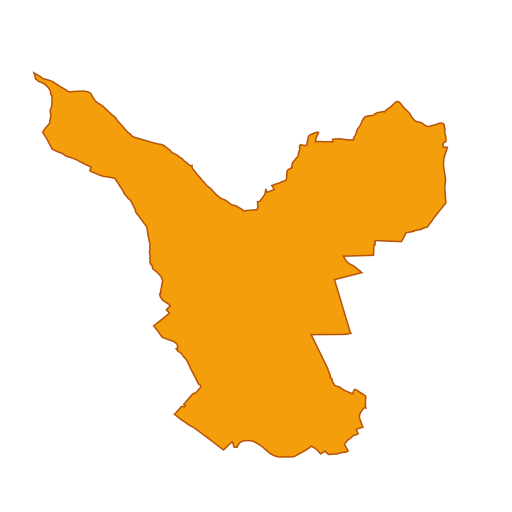 the district of Orastie, Hunedoara, Romania, rotated 174°
{"feature_id": "2599482B74891814729027", "entity_name": "Orastie", "entity_type": "district", "adm_level": 2, "iso_a3": "ROU", "parent_name": "Romania", "parent_adm1": "Hunedoara", "projection": "equal_earth", "projection_center": [23.219, 45.843], "detail": "fine", "context": "isolated", "style": "filled", "palette": "amber", "viewbox_px": 512, "rotation_deg": 174, "n_neighbors": 0, "source": "geoboundaries", "source_scale": "gbopen_adm2", "svg_char_len": 6038}
<svg xmlns="http://www.w3.org/2000/svg" viewBox="0 0 512 512"><g transform="rotate(174 256 256)"><path d="M99.5,394.9L100.3,394.8L103.3,392.8L106.5,390.1L108.8,389.1L111.5,387.5L113.2,385.8L114.0,386.3L119.0,386.0L121.5,385.5L123.5,384.6L124.2,383.8L125.0,383.6L126.7,383.7L130.6,383.5L132.8,383.1L134.0,382.1L135.3,380.7L135.8,380.0L138.6,375.1L141.4,372.1L142.6,370.1L144.5,365.7L145.8,364.4L146.3,363.6L146.7,362.5L146.9,361.2L152.3,361.9L160.7,363.8L165.0,364.2L167.8,364.0L167.6,361.4L172.1,362.2L175.3,362.3L179.8,363.1L184.2,363.5L184.9,363.3L184.9,364.3L183.7,367.6L182.5,369.3L180.9,372.2L181.9,372.7L184.4,372.4L189.9,370.7L190.7,370.1L191.8,368.3L193.9,361.1L195.8,360.7L200.2,362.1L200.8,361.3L201.5,360.0L201.2,358.3L201.3,357.0L202.1,356.1L203.1,353.7L203.2,351.8L204.4,350.3L206.2,348.7L207.1,347.6L208.4,346.6L210.0,344.8L210.1,344.1L210.8,342.6L211.1,341.5L211.0,340.0L211.7,340.0L212.6,339.6L215.6,338.0L216.1,337.4L216.3,336.9L217.7,329.2L218.5,328.3L219.1,327.9L223.1,327.1L223.7,326.6L232.9,324.5L232.5,323.4L232.0,322.8L231.1,320.6L230.8,320.2L238.4,318.2L239.2,321.3L239.5,321.2L239.6,320.0L240.4,317.2L241.5,315.5L246.7,309.8L248.8,309.8L249.2,303.7L249.7,303.1L250.2,301.9L261.9,302.3L262.3,301.7L263.7,301.9L264.5,303.3L264.9,303.7L271.0,308.2L274.0,309.1L275.4,309.9L279.8,314.0L281.3,315.2L283.7,316.3L286.0,318.0L287.7,319.9L288.7,320.8L292.1,325.0L293.8,327.7L297.3,330.8L298.8,332.9L299.4,334.1L301.2,336.3L304.0,340.7L305.2,342.0L309.0,348.1L310.1,349.6L310.3,351.0L310.1,352.7L311.5,352.6L312.4,352.9L314.1,354.7L314.7,355.6L317.5,358.0L319.3,360.4L320.0,361.1L321.8,362.4L323.9,364.6L324.8,365.3L326.4,366.0L329.1,368.2L330.6,370.3L332.8,372.3L335.3,374.9L337.1,376.2L338.6,376.9L341.3,377.5L349.2,380.5L364.7,386.9L365.9,387.5L367.2,388.7L368.5,390.7L369.3,391.4L370.4,392.1L375.7,399.8L378.9,404.0L380.1,405.9L380.9,407.3L381.2,408.3L381.8,409.1L383.7,410.7L392.7,421.0L395.1,423.1L396.5,423.9L399.1,426.5L400.4,428.5L402.3,432.2L403.1,434.6L404.6,436.0L406.0,436.8L409.7,438.0L418.5,438.6L423.6,438.7L425.2,438.9L429.2,442.2L433.4,445.3L437.1,448.4L438.8,449.5L439.1,450.1L440.7,451.1L446.3,453.7L448.7,454.3L449.7,454.9L451.2,456.6L457.7,461.3L457.0,458.0L457.0,456.8L456.8,455.3L456.5,454.7L455.5,454.1L454.7,453.1L453.5,452.1L451.6,451.3L449.8,450.2L447.2,447.9L445.0,445.2L444.5,444.5L444.0,443.1L443.1,441.3L443.0,441.0L443.3,440.1L443.3,438.8L443.2,437.9L442.4,437.1L442.3,436.5L442.4,432.9L443.0,429.9L443.3,427.1L443.8,425.7L445.5,422.5L445.4,418.2L445.8,415.3L446.9,412.2L447.3,410.2L448.0,408.9L451.0,406.2L453.5,403.6L455.1,401.6L455.2,401.1L452.3,395.6L447.4,383.3L446.0,382.8L443.5,381.0L442.2,380.3L439.6,379.2L437.1,377.6L434.8,375.5L433.9,374.9L430.1,373.3L425.2,371.0L421.5,368.4L412.4,362.6L410.6,361.9L411.8,359.3L412.2,358.0L409.1,356.1L407.6,355.4L403.6,353.0L399.5,351.2L394.3,349.9L387.9,347.8L387.2,345.5L385.1,342.0L383.4,338.2L382.2,336.2L381.0,333.7L380.7,332.0L377.9,328.1L377.5,327.1L374.8,324.2L374.4,322.7L373.6,321.9L373.6,320.4L373.3,320.1L372.9,319.0L372.5,318.6L372.4,317.4L371.7,316.2L371.4,315.5L371.3,313.5L370.9,312.1L370.1,310.4L368.7,308.5L367.6,306.8L367.2,305.4L366.6,304.9L366.0,303.8L365.2,303.1L364.6,301.4L362.0,297.2L361.5,295.5L361.3,289.4L360.8,284.0L360.7,281.5L360.0,278.5L360.2,277.5L360.7,276.6L360.8,276.1L360.5,274.4L361.6,271.3L361.5,268.6L361.0,267.3L360.9,266.7L361.8,265.6L361.9,265.0L361.7,263.1L361.7,262.4L362.2,261.4L362.2,261.0L361.7,260.7L361.7,258.7L361.5,258.3L360.4,257.6L360.1,254.3L359.7,253.8L356.6,250.8L354.0,247.6L352.3,244.6L351.6,241.7L351.5,240.6L351.7,239.6L352.2,238.9L353.9,232.9L354.9,230.1L354.3,229.1L355.1,228.2L355.8,228.3L355.6,226.1L355.2,225.0L353.2,221.4L348.5,217.7L346.3,215.5L349.8,212.9L349.6,212.4L350.8,211.7L347.9,208.2L365.1,197.2L361.6,191.8L358.2,185.6L357.4,184.8L353.6,182.9L353.2,182.5L350.8,181.4L348.8,180.7L347.7,180.0L346.9,179.7L344.0,177.0L343.6,176.2L343.4,173.8L343.2,172.9L344.0,172.4L345.1,172.3L344.8,171.3L343.9,170.0L343.0,169.0L341.5,167.9L340.3,166.7L339.0,164.2L337.8,162.4L336.4,160.6L335.5,158.7L332.5,150.2L328.8,140.7L326.8,135.1L324.8,133.1L324.6,132.5L324.8,131.6L325.2,130.8L328.6,127.7L330.5,126.1L332.3,125.9L333.1,125.6L334.6,124.4L343.3,116.1L342.2,115.3L341.8,114.7L341.8,114.3L342.6,113.7L343.0,113.6L345.1,114.3L345.6,114.2L346.6,113.5L350.0,110.3L353.7,107.1L348.0,101.5L338.8,93.7L336.9,92.8L332.2,88.6L317.8,75.3L308.6,66.5L299.1,73.7L298.7,73.1L298.3,71.3L298.0,68.3L294.8,67.8L294.2,69.0L292.5,71.1L291.3,72.1L289.9,72.8L288.5,73.3L286.4,73.4L284.4,73.4L280.8,72.8L278.6,72.3L273.6,69.0L270.3,66.2L262.3,57.8L258.2,55.2L254.8,53.9L243.8,52.6L239.0,52.5L225.8,58.1L220.5,61.1L215.4,56.7L212.5,52.4L207.8,54.6L204.6,51.0L196.0,50.7L191.2,51.6L187.9,51.4L185.6,52.1L184.7,52.5L187.6,58.9L187.6,59.5L184.3,63.1L180.2,65.6L177.7,67.4L176.6,67.4L173.0,68.5L174.4,72.9L172.3,73.7L167.6,74.5L169.9,83.6L170.0,85.6L169.0,88.3L167.8,90.2L166.4,91.9L164.4,93.5L163.5,93.9L162.6,93.3L162.8,96.2L161.5,105.1L163.4,106.9L168.0,110.5L170.4,112.6L171.3,113.0L172.8,112.2L174.3,108.9L181.7,112.8L187.0,117.1L191.0,118.8L193.1,123.1L193.1,125.4L193.9,126.6L194.9,127.3L194.7,127.6L194.6,129.7L195.9,134.1L196.7,137.3L209.3,172.0L176.4,168.8L173.5,168.8L169.6,169.2L170.2,170.1L180.4,224.3L152.4,228.4L159.3,235.4L164.3,238.8L165.3,239.7L166.5,241.3L169.2,246.7L139.1,244.4L137.5,254.7L136.5,254.6L135.8,258.9L110.0,255.1L105.7,260.9L104.7,263.4L97.0,264.0L96.5,264.1L96.7,264.5L87.9,265.4L87.4,265.9L86.1,266.3L82.5,266.9L73.3,277.2L61.9,288.6L61.6,289.4L61.2,303.7L59.5,312.1L59.5,314.6L59.9,320.4L60.1,326.7L59.7,329.4L58.9,333.6L54.3,344.1L58.6,344.8L58.1,348.2L57.6,348.9L55.2,350.0L54.9,350.9L54.8,355.7L55.4,359.0L54.8,362.3L54.9,363.3L55.3,364.0L55.0,366.0L55.1,366.7L55.7,367.7L56.6,368.4L58.4,368.9L60.8,368.8L62.5,368.1L65.6,367.5L70.5,366.8L71.4,366.9L72.7,367.2L75.1,369.0L76.4,370.5L77.1,370.9L78.6,371.7L82.6,373.1L83.8,374.0L86.5,377.5L88.1,381.4L90.1,384.1L92.5,386.9L97.4,394.0L98.1,394.5L99.5,394.9Z" fill="#f59e0b" stroke="#b45309" stroke-width="1.5"/></g></svg>